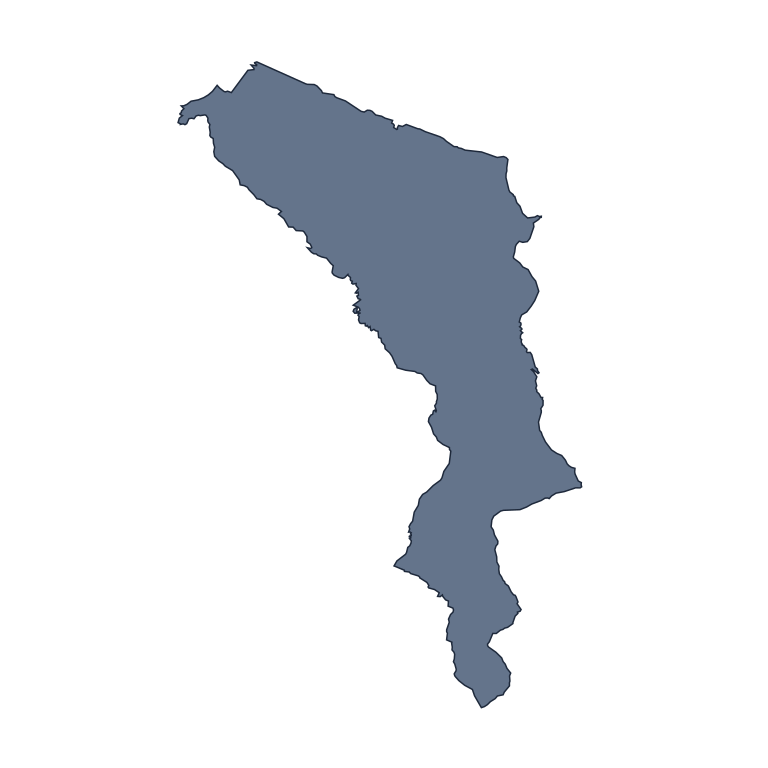 Batrani, Prahova, Romania (Natural Earth projection), rotated 177°
{"feature_id": "2599482B71534935033185", "entity_name": "Batrani", "entity_type": "district", "adm_level": 2, "iso_a3": "ROU", "parent_name": "Romania", "parent_adm1": "Prahova", "projection": "natural_earth1", "projection_center": [26.104, 45.367], "detail": "fine", "context": "isolated", "style": "filled", "palette": "slate", "viewbox_px": 768, "rotation_deg": 177, "n_neighbors": 0, "source": "geoboundaries", "source_scale": "gbopen_adm2", "svg_char_len": 6147}
<svg xmlns="http://www.w3.org/2000/svg" viewBox="0 0 768 768"><g transform="rotate(177 384 384)"><path d="M571.9,672.3L569.4,669.4L572.0,667.1L572.2,665.6L573.6,664.8L573.5,663.8L571.2,662.6L574.5,660.2L576.0,655.8L573.5,654.4L573.7,653.9L570.9,654.3L569.2,653.4L567.4,654.3L564.9,659.2L562.1,659.5L559.9,658.8L557.5,661.6L555.2,662.1L553.5,661.6L548.8,662.1L547.6,661.6L545.9,658.7L546.2,656.6L546.0,654.9L544.3,652.3L545.0,649.8L544.4,644.4L544.9,641.2L544.0,639.6L541.7,638.1L541.7,633.3L540.7,629.3L541.8,624.9L541.2,620.2L537.4,615.5L533.3,612.4L531.1,609.8L524.0,605.0L517.9,595.4L517.2,590.4L513.2,589.4L510.1,587.6L508.7,585.1L504.1,579.9L501.2,575.6L497.6,574.8L494.2,572.7L491.8,569.6L485.7,566.1L481.7,565.2L477.4,561.7L480.5,559.1L475.3,554.3L471.0,545.8L466.5,545.4L463.7,541.8L457.1,541.1L455.7,539.9L453.2,535.3L453.5,530.1L450.3,527.5L449.0,524.3L449.2,523.7L450.4,523.2L453.4,524.1L449.6,519.4L447.4,517.8L444.7,517.4L443.6,516.1L439.7,514.2L434.8,512.7L430.8,507.1L428.5,504.8L430.0,498.5L429.8,497.4L428.2,495.3L423.7,492.8L419.8,491.7L417.8,492.2L414.3,495.3L414.1,494.3L411.9,492.1L412.2,490.1L411.8,489.0L410.3,488.3L411.0,486.4L409.8,485.4L406.5,485.8L406.8,484.0L404.5,480.6L407.9,476.5L406.6,476.1L405.0,476.9L404.9,473.8L406.5,473.2L405.3,470.4L403.7,470.1L403.0,469.3L410.6,464.3L405.6,462.0L404.4,460.4L404.1,458.8L406.3,457.4L407.5,457.5L406.8,460.9L407.2,461.9L410.1,460.2L411.0,458.2L409.5,456.2L403.7,456.3L405.8,455.2L406.4,454.1L405.3,452.6L406.1,449.4L405.1,446.4L403.8,445.6L399.7,445.5L399.6,443.1L398.6,442.7L397.7,443.3L396.4,441.1L394.9,442.1L394.5,438.5L393.8,437.9L391.2,439.1L389.6,437.6L387.2,436.9L386.9,430.7L384.6,429.7L384.2,426.0L381.3,422.8L381.0,419.1L376.8,414.9L374.5,411.2L371.7,403.7L370.4,401.8L370.0,399.5L361.5,396.6L352.4,394.9L350.3,393.3L346.4,392.5L344.6,391.0L341.1,385.4L338.0,381.8L332.6,379.4L332.8,374.0L331.4,370.7L331.6,366.1L332.6,363.7L332.6,362.2L334.5,359.6L333.1,354.6L333.6,353.6L334.8,355.2L336.1,354.5L337.0,351.2L338.8,350.5L340.9,347.6L341.6,344.1L338.8,338.2L337.1,331.6L334.5,328.3L333.4,324.9L328.2,320.5L322.0,317.1L322.0,315.1L320.8,313.5L323.0,301.2L328.8,293.6L331.0,287.3L332.6,285.0L340.2,280.0L347.1,273.8L351.2,271.7L354.7,267.1L356.1,261.0L360.5,254.5L362.6,245.5L364.7,243.2L366.5,240.2L365.9,237.9L367.2,234.8L365.7,234.8L364.6,234.0L365.4,232.9L364.7,232.2L364.7,231.2L366.5,230.8L366.8,230.1L365.3,229.6L365.4,228.8L366.6,228.3L364.9,226.0L365.4,223.6L366.8,221.0L368.8,219.6L370.3,214.6L371.3,212.9L380.3,206.7L383.5,201.8L373.5,197.0L373.4,195.8L368.6,194.9L367.3,193.3L359.6,190.5L358.5,189.3L358.4,188.5L351.5,183.6L349.8,180.5L350.6,179.0L350.0,178.0L344.3,176.1L339.8,172.7L341.6,169.1L339.0,168.7L336.7,170.3L336.5,169.0L333.8,165.2L331.0,163.9L331.6,158.8L326.9,156.6L326.4,154.7L327.0,152.6L329.6,150.3L331.9,145.8L331.3,142.7L334.3,135.3L334.4,133.3L333.7,131.9L334.9,125.2L329.7,122.6L330.0,121.5L329.6,117.7L330.0,114.9L328.1,112.4L327.6,110.3L328.2,105.7L329.2,103.0L328.0,100.7L326.8,95.4L327.1,93.8L329.0,91.0L328.9,89.9L328.3,88.3L324.8,83.9L319.2,78.9L311.7,74.3L309.9,67.9L303.7,55.7L300.6,56.6L297.5,58.4L294.4,61.2L289.4,64.0L287.1,66.5L281.3,67.4L280.1,69.9L274.5,76.0L274.4,79.0L273.8,80.7L273.9,85.9L272.6,88.7L276.1,93.6L277.6,97.9L279.6,100.6L280.8,104.3L286.3,110.3L293.4,115.9L294.2,117.2L294.2,118.9L292.3,121.0L288.4,129.2L284.9,129.0L280.6,132.1L278.1,132.7L276.3,133.9L273.3,134.5L267.8,138.0L267.8,138.9L265.2,145.3L262.3,147.9L262.7,149.2L260.0,149.9L258.9,151.6L262.6,157.6L261.6,159.3L263.4,164.9L264.2,166.2L265.7,166.7L267.9,169.8L270.4,175.8L273.5,178.4L273.9,180.3L275.3,181.7L276.8,185.4L278.7,188.5L279.1,192.7L278.7,196.1L280.6,200.3L280.5,205.5L282.0,212.7L280.7,216.3L278.8,218.4L278.5,221.1L281.6,227.6L282.5,232.4L284.5,235.8L283.4,242.6L281.3,246.3L274.2,251.0L271.3,251.6L254.8,251.4L248.0,253.7L242.7,256.4L233.2,259.4L229.1,261.6L226.5,261.6L225.0,260.9L222.6,263.4L217.9,266.0L209.6,267.1L198.0,270.3L193.6,270.0L192.0,271.0L192.4,273.2L192.1,275.2L195.1,277.0L197.9,284.1L198.2,286.2L197.7,289.8L201.1,290.9L203.6,292.7L205.3,294.7L206.8,298.4L210.3,303.3L215.0,305.6L220.2,309.4L225.8,317.7L228.6,324.3L229.5,327.6L231.0,329.5L231.7,337.9L228.4,347.5L228.3,349.4L228.8,351.0L226.3,354.5L226.0,359.3L226.8,360.3L226.3,362.2L227.9,362.3L229.7,366.1L231.9,368.4L231.7,369.9L232.7,371.9L231.6,374.2L232.6,379.2L231.0,383.2L234.1,388.6L236.2,390.7L235.0,391.2L229.7,386.4L228.6,387.1L230.0,389.4L230.0,391.0L232.1,393.1L234.9,405.5L236.3,407.9L239.3,407.9L240.0,408.8L239.4,410.9L239.8,411.8L241.3,413.1L242.4,415.0L244.0,415.9L243.7,416.2L244.6,418.0L244.7,419.7L244.2,421.1L245.4,422.4L245.1,425.5L244.0,427.2L242.8,427.9L245.0,430.1L243.4,431.5L243.5,432.2L245.6,434.1L244.5,435.0L244.0,436.6L244.2,437.8L245.7,438.8L244.4,442.9L242.9,445.8L237.7,448.5L232.9,454.1L229.1,459.4L224.6,468.5L227.2,478.9L230.6,483.5L234.1,490.7L239.3,493.6L242.1,497.8L247.9,502.7L248.2,504.2L246.6,508.9L245.6,514.4L244.5,516.5L241.5,519.5L238.0,518.2L233.4,518.7L230.7,521.8L226.1,533.2L226.4,536.9L220.7,540.4L219.9,541.7L218.2,542.2L218.1,543.3L220.0,543.1L222.0,544.1L224.6,542.8L231.9,542.3L236.7,547.2L238.9,554.4L241.9,558.1L243.6,564.5L244.9,565.2L245.0,566.3L248.2,569.1L249.1,571.1L251.4,583.7L251.1,587.6L250.2,590.3L250.1,593.4L248.5,601.7L250.2,603.7L252.7,604.9L259.1,604.3L274.4,610.6L290.8,613.3L294.4,615.2L297.4,615.9L298.5,617.1L301.7,617.4L308.9,623.0L311.7,625.9L315.2,628.0L329.5,633.8L334.9,636.8L336.8,637.1L348.2,642.0L352.1,640.2L355.9,641.4L357.3,639.1L357.2,637.9L357.9,637.5L360.9,639.6L360.2,641.8L361.0,643.1L362.7,644.2L361.6,646.8L369.0,649.4L372.3,651.5L378.2,653.1L381.6,656.9L383.7,658.0L386.4,658.3L389.5,656.6L392.6,657.5L407.7,668.7L416.3,672.4L418.0,673.6L418.9,675.6L430.2,677.9L431.1,680.2L435.3,685.1L438.0,686.7L445.0,687.3L446.8,688.0L494.1,712.3L496.4,711.7L496.3,711.1L494.4,709.5L494.6,708.6L500.0,709.5L497.3,706.0L497.4,704.8L503.5,704.4L521.2,683.0L524.9,684.6L527.0,684.0L528.5,684.5L532.8,688.3L535.0,691.0L540.0,685.2L544.3,681.9L549.0,679.4L554.6,677.5L561.9,676.5L566.0,673.6L569.4,672.3L571.9,672.3Z" fill="#64748b" stroke="#1e293b" stroke-width="1.5"/></g></svg>